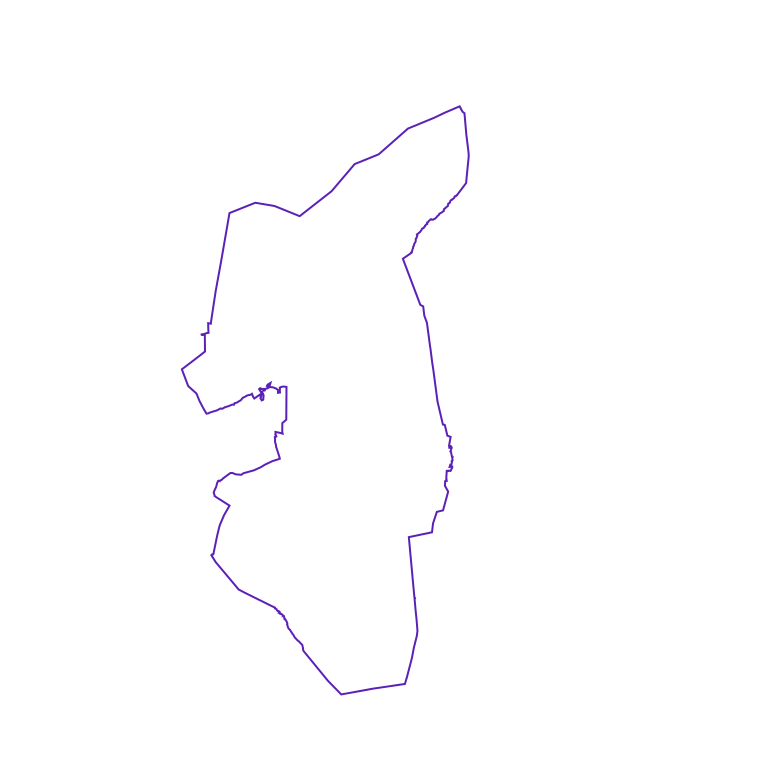 Sel nor, Oppland, Norway, rotated 316°
{"feature_id": "86288312B5494531478451", "entity_name": "Sel nor", "entity_type": "district", "adm_level": 2, "iso_a3": "NOR", "parent_name": "Norway", "parent_adm1": "Oppland", "projection": "orthographic", "projection_center": [9.379, 61.759], "detail": "fine", "context": "isolated", "style": "outline", "palette": "violet", "viewbox_px": 768, "rotation_deg": 316, "n_neighbors": 0, "source": "geoboundaries", "source_scale": "gbopen_adm2", "svg_char_len": 5986}
<svg xmlns="http://www.w3.org/2000/svg" viewBox="0 0 768 768"><g transform="rotate(316 384 384)"><path d="M539.7,215.1L515.7,205.4L480.2,208.9L440.1,204.7L439.7,204.2L428.9,179.9L417.3,164.2L391.6,153.7L353.3,181.7L327.4,200.3L306.3,216.4L301.3,220.3L299.8,218.1L296.5,221.6L293.3,225.3L292.3,224.5L290.5,223.6L289.5,223.2L287.2,221.6L287.0,221.9L287.1,222.3L287.4,222.7L287.8,223.0L289.6,223.8L277.8,236.3L264.8,234.9L248.8,233.0L241.7,249.5L242.5,260.5L239.4,268.3L237.0,276.6L235.7,282.0L237.4,283.2L238.3,283.3L241.2,284.7L245.2,286.8L249.5,288.1L250.3,289.4L253.6,290.3L256.9,292.0L260.5,293.4L261.8,294.7L263.0,294.0L265.1,295.1L269.8,296.2L272.7,295.8L276.0,296.9L276.8,296.9L278.5,297.7L279.9,298.6L280.8,299.1L282.2,299.3L281.0,302.2L280.6,304.3L288.8,305.7L288.2,306.8L287.4,306.7L287.0,307.0L287.3,307.3L287.0,307.7L286.3,308.0L285.9,308.1L285.1,308.5L285.0,308.9L285.2,309.8L285.1,310.3L284.7,310.8L285.6,311.3L286.1,311.3L286.8,311.0L287.8,309.9L289.3,308.8L289.7,308.1L290.3,306.8L290.4,305.6L290.8,304.8L289.9,304.2L290.6,300.9L291.2,300.8L292.1,301.1L292.3,301.5L292.3,302.0L292.2,302.5L292.4,302.6L292.8,302.9L293.2,303.5L293.6,303.8L292.7,305.1L293.8,305.8L294.7,304.6L294.9,304.9L295.3,305.2L296.3,305.6L296.7,305.9L297.2,306.2L298.2,306.4L298.2,305.8L298.5,305.2L298.3,304.1L298.6,304.0L298.8,304.4L299.1,304.4L299.0,304.1L299.0,303.9L299.5,303.8L300.2,303.7L303.1,304.4L299.4,306.4L301.9,309.4L302.3,310.2L302.5,310.9L303.2,312.0L303.3,312.7L303.2,313.0L303.4,313.3L303.6,314.1L303.5,314.8L301.6,316.7L303.3,317.9L304.8,315.9L305.2,315.7L306.4,314.6L306.6,314.2L307.8,314.6L309.6,315.7L311.3,317.6L311.8,318.4L288.9,341.8L283.7,341.5L277.6,347.7L276.6,349.3L274.6,345.9L272.6,343.1L272.1,343.8L271.4,344.5L270.7,344.8L270.6,345.1L270.6,345.4L270.7,345.9L270.1,347.0L269.4,346.7L269.1,346.5L269.2,346.4L268.6,346.3L268.1,346.9L267.3,348.1L266.8,348.5L266.1,349.3L265.6,349.7L264.7,351.2L264.0,352.7L263.0,353.8L258.1,363.8L257.1,365.4L250.0,361.9L242.2,359.3L237.4,358.2L230.4,355.7L220.8,350.5L218.3,350.2L214.6,346.0L213.2,342.8L211.6,341.3L202.5,340.1L200.8,340.2L198.9,339.6L198.4,339.8L198.2,339.3L197.9,338.7L197.5,338.5L197.1,338.6L195.7,339.2L195.1,339.3L192.9,340.8L191.4,341.6L189.3,342.3L186.2,343.7L185.7,344.4L185.0,346.1L184.4,346.7L184.6,348.5L188.4,364.2L177.9,367.2L168.2,371.3L166.7,372.1L158.5,377.3L143.0,387.9L142.8,387.9L142.7,387.6L142.2,387.4L141.7,387.1L140.9,387.2L139.2,395.2L136.7,430.9L137.3,432.7L138.8,437.3L147.9,462.8L150.2,469.1L149.9,469.4L149.9,469.6L149.7,469.8L149.8,470.0L150.0,470.0L150.1,470.4L150.1,470.8L150.3,471.3L149.7,472.8L150.0,473.4L149.9,473.7L150.4,474.1L150.5,474.5L150.7,475.1L150.1,475.5L149.7,475.6L149.8,475.7L149.7,475.9L149.8,476.0L149.6,476.1L149.5,476.8L149.8,477.3L150.2,477.4L150.4,477.7L150.4,478.1L150.3,478.3L150.5,478.5L150.6,479.0L150.7,479.5L150.5,480.0L150.4,480.1L150.5,480.1L150.5,480.5L150.6,480.9L150.8,481.2L150.6,481.5L150.5,482.1L150.1,482.4L149.9,483.0L149.5,483.3L149.1,483.8L149.1,484.0L149.6,484.7L149.3,485.2L149.3,485.4L149.2,485.7L149.2,486.0L149.1,486.4L149.1,487.0L148.7,487.6L148.4,488.5L148.0,489.1L147.8,489.2L147.9,489.3L147.5,489.7L147.4,489.8L146.2,491.6L146.0,492.5L145.5,493.4L145.5,494.3L145.6,495.1L145.6,495.5L145.4,496.0L145.4,496.4L145.3,496.9L145.1,497.3L145.0,498.7L144.5,500.5L144.6,501.3L144.0,503.3L143.7,505.5L143.8,506.7L143.7,507.8L143.8,509.4L144.0,510.0L144.0,511.2L143.9,512.0L144.0,514.4L143.8,515.3L142.9,516.6L142.5,517.4L141.4,518.7L140.8,519.8L140.6,520.8L137.5,558.5L137.6,577.6L164.3,595.4L190.7,614.3L197.2,610.6L213.9,600.4L221.9,594.7L232.8,587.9L236.6,584.8L243.2,576.8L249.4,568.9L256.8,559.7L257.4,559.8L257.9,558.6L257.8,558.4L295.5,511.4L315.5,524.0L322.5,518.3L333.2,512.7L338.7,515.9L355.4,506.0L357.1,499.6L360.5,496.4L361.8,497.3L362.8,495.9L362.6,495.8L364.7,493.8L368.8,490.1L369.8,491.3L370.1,491.1L370.4,491.5L371.0,492.0L371.3,492.6L371.6,492.8L372.7,492.3L373.8,491.9L374.3,491.8L375.1,491.5L375.7,490.8L374.7,490.1L373.6,489.2L375.7,488.1L376.4,488.8L378.5,487.5L378.7,486.9L379.1,486.5L379.7,486.8L380.4,486.5L380.5,486.0L382.6,484.1L382.2,483.8L385.1,479.2L384.9,478.7L388.0,477.1L386.1,474.4L386.6,475.0L388.0,476.5L388.4,476.4L388.4,476.2L388.9,475.8L388.9,475.0L387.9,473.6L395.2,468.3L393.7,465.2L399.3,455.7L399.0,455.1L398.6,454.7L398.2,454.1L410.3,433.8L429.3,408.1L433.4,402.3L442.3,390.4L443.3,388.9L457.4,369.8L460.5,362.8L466.1,355.4L465.1,352.3L484.6,307.0L494.8,308.7L495.0,308.2L495.4,308.2L495.8,308.4L497.6,307.2L499.8,306.1L500.2,305.7L500.5,305.4L501.7,305.2L502.8,304.5L503.1,304.2L504.9,303.8L505.5,303.6L506.1,303.2L507.5,301.8L508.3,301.8L508.8,301.3L509.2,301.3L510.4,300.8L511.1,300.3L511.2,299.8L511.5,299.7L511.6,299.3L512.6,299.4L513.0,299.5L514.0,299.5L514.3,299.6L515.3,299.6L515.7,299.7L516.3,299.5L517.4,299.4L519.3,298.7L519.8,298.8L520.5,299.3L520.9,299.3L521.2,299.2L521.5,299.0L522.7,299.1L523.3,298.7L523.7,298.9L524.2,298.6L525.6,298.6L525.9,298.9L526.3,298.9L526.4,298.3L527.3,297.8L528.0,298.1L528.4,298.2L528.7,298.0L529.1,297.9L531.6,297.9L531.8,298.1L532.4,298.2L532.6,298.6L532.5,299.0L532.8,299.3L533.2,299.5L533.7,300.0L534.5,300.1L534.9,300.2L535.1,300.4L535.4,300.5L537.0,300.6L538.9,300.3L539.8,300.4L541.3,300.4L541.6,300.1L542.1,300.0L544.0,300.5L544.7,300.7L546.4,300.9L547.0,300.8L547.3,301.0L548.5,300.0L548.9,299.9L549.2,299.9L550.3,300.2L550.7,300.0L551.1,300.0L553.6,300.3L554.3,299.8L555.5,298.9L555.9,299.1L556.6,299.1L556.9,299.3L557.3,299.3L558.9,298.4L559.5,298.3L560.0,298.3L560.7,298.7L561.1,298.5L562.2,298.8L563.4,298.8L563.8,298.9L564.2,298.8L564.8,298.3L565.3,298.2L566.0,298.5L566.2,298.8L566.8,298.8L567.2,298.9L567.5,298.7L567.9,298.9L568.5,298.7L582.6,296.5L603.2,279.0L605.7,276.1L616.7,261.5L630.0,245.1L630.0,244.9L629.8,244.1L629.7,243.6L629.6,242.8L629.8,242.3L629.9,241.8L630.3,239.8L630.8,239.0L630.9,238.7L630.8,237.9L631.2,237.2L631.3,236.8L616.0,231.0L605.2,227.4L578.7,216.9L539.7,215.1Z" fill="none" stroke="#5b21b6" stroke-width="2"/></g></svg>